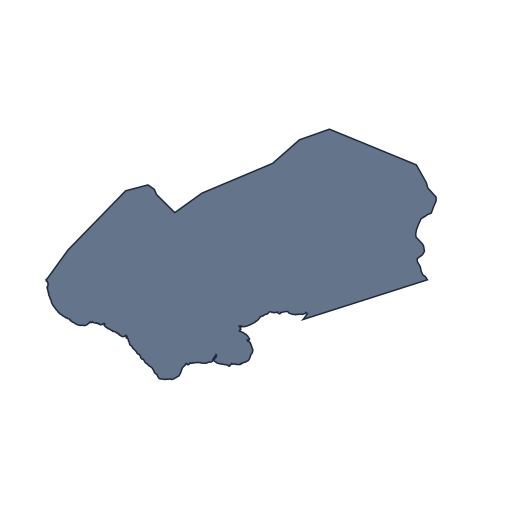 the district of Ordome, Palau, rotated 43°
{"feature_id": "81905179B69517244030983", "entity_name": "Ordome", "entity_type": "district", "adm_level": 2, "iso_a3": "PLW", "parent_name": "Palau", "parent_adm1": "", "projection": "albers", "projection_center": [134.556, 7.371], "detail": "fine", "context": "isolated", "style": "filled", "palette": "slate", "viewbox_px": 512, "rotation_deg": 43, "n_neighbors": 0, "source": "geoboundaries", "source_scale": "gbopen_adm2", "svg_char_len": 6140}
<svg xmlns="http://www.w3.org/2000/svg" viewBox="0 0 512 512"><g transform="rotate(43 256 256)"><path d="M118.6,416.6L119.8,417.3L120.6,416.8L121.1,417.2L121.7,417.6L122.6,417.7L123.0,418.4L123.3,418.5L123.6,419.1L123.9,419.2L124.2,420.0L124.1,420.3L124.5,421.4L125.4,421.5L125.5,422.2L126.9,422.8L128.2,423.9L129.3,424.1L129.2,424.5L131.3,426.0L132.2,426.4L133.3,426.7L133.7,426.7L134.2,427.5L136.4,428.2L138.4,429.6L140.7,430.4L143.2,430.9L145.5,431.3L146.4,431.6L147.5,431.5L149.4,431.9L150.9,432.0L152.8,431.9L153.5,431.5L154.9,431.6L156.2,431.4L157.5,431.0L159.1,430.9L159.7,430.2L160.1,430.4L160.9,430.3L161.6,429.8L162.4,429.4L162.9,429.3L164.1,429.9L164.4,429.4L165.1,429.6L167.0,429.5L168.1,429.0L168.9,428.7L169.7,428.8L170.9,428.5L171.9,428.2L174.2,427.1L176.3,425.2L176.5,424.8L178.1,423.9L179.2,421.8L179.6,419.3L179.5,417.5L180.1,417.7L180.3,417.4L180.9,417.2L180.8,416.3L181.3,416.1L181.3,415.7L181.9,415.8L182.7,415.5L184.3,414.5L184.6,414.0L184.8,414.2L186.2,413.4L186.2,413.0L187.1,412.7L187.5,413.0L188.0,412.8L188.2,412.5L189.0,412.5L189.9,411.4L190.3,410.8L190.4,409.5L190.8,409.5L191.0,409.3L191.4,409.0L191.5,408.7L191.9,408.8L191.8,409.6L192.1,410.2L192.6,410.3L193.0,410.3L193.6,410.4L194.4,410.5L195.0,410.1L195.7,410.3L196.3,409.9L197.2,410.1L198.1,409.6L199.2,409.3L199.9,409.2L201.0,409.1L201.4,408.6L201.9,408.5L202.1,408.7L202.7,408.8L203.3,408.2L203.8,408.1L204.2,407.7L204.5,407.7L205.0,407.3L205.7,407.2L206.0,407.4L206.4,407.3L206.9,407.3L207.1,407.1L207.3,406.7L207.5,406.8L207.8,406.8L208.7,406.9L209.2,406.5L209.6,406.8L209.9,406.9L210.0,406.7L210.6,406.7L211.3,406.5L212.0,406.5L212.4,406.4L213.1,406.2L213.8,405.6L214.7,404.4L214.8,403.8L214.8,403.4L214.7,403.0L215.4,403.0L215.7,403.3L216.1,403.3L216.2,402.8L216.5,402.6L217.0,403.7L216.8,404.2L217.3,404.4L217.6,404.2L217.5,403.7L218.0,403.9L218.7,403.9L219.0,403.8L219.3,403.9L219.5,404.3L219.9,404.5L220.3,404.9L221.1,405.3L221.4,405.2L222.5,405.7L223.1,406.4L223.8,406.6L224.2,407.0L225.6,406.9L226.6,406.7L227.7,407.0L228.4,407.5L230.6,407.4L233.8,407.6L235.4,408.3L236.9,408.1L237.3,407.6L238.7,407.9L239.8,408.0L240.2,408.2L240.6,408.8L241.4,409.1L242.9,409.2L243.6,408.7L243.7,408.4L244.2,408.3L244.5,408.5L245.3,408.8L246.2,408.9L246.6,409.2L247.9,409.5L249.7,409.3L250.0,409.1L250.5,409.2L252.7,409.3L254.6,408.8L255.3,408.9L255.9,408.7L256.3,408.8L257.0,408.8L258.0,409.1L258.2,409.4L258.8,409.4L259.4,409.5L260.1,409.9L260.4,409.9L260.6,410.2L261.4,410.5L261.9,410.6L263.4,410.5L264.3,410.2L264.9,410.6L265.5,410.7L266.3,411.1L266.6,411.1L267.3,411.4L268.2,411.6L268.8,411.6L269.3,411.5L269.9,411.2L270.2,410.9L270.9,410.2L271.5,409.9L271.9,409.6L272.2,409.3L272.5,409.0L273.2,408.8L274.3,407.6L274.5,407.3L274.9,406.9L274.9,406.7L276.0,405.9L276.2,405.4L276.5,405.0L276.9,404.6L277.4,404.3L277.7,404.4L278.0,404.2L278.7,403.7L279.0,403.3L279.4,402.5L279.9,401.3L279.9,400.8L280.1,400.2L280.5,399.6L280.6,398.4L281.3,396.9L281.4,396.2L281.2,395.7L281.2,394.8L280.9,394.4L280.6,393.7L280.7,393.3L280.6,392.8L279.5,390.8L279.4,390.1L279.0,389.7L278.9,389.3L278.8,389.1L278.8,388.7L278.6,388.4L278.4,387.3L278.6,384.6L278.6,384.0L278.3,383.6L278.2,382.2L278.7,382.0L278.8,382.5L279.6,382.3L280.1,382.1L280.6,381.7L280.9,381.2L280.9,380.7L280.8,380.0L280.5,379.7L280.7,379.3L281.2,379.1L281.2,378.8L281.7,378.7L282.4,378.1L282.8,377.0L283.3,376.8L283.3,376.6L284.9,374.9L285.5,373.9L285.9,373.9L286.2,373.4L286.7,373.1L287.5,372.4L287.9,371.9L288.5,371.8L289.3,371.4L289.5,371.1L290.0,370.7L290.6,370.4L291.9,369.1L292.7,368.3L293.0,367.6L293.4,366.8L293.8,365.8L294.5,365.2L295.5,364.3L295.9,362.4L295.5,361.9L295.1,361.6L294.4,357.9L294.0,355.3L294.4,355.2L294.6,356.5L295.5,356.4L295.8,358.9L296.2,361.1L296.8,361.2L297.7,361.2L300.9,360.7L303.2,359.4L305.6,357.8L306.3,357.3L308.1,356.1L309.0,355.6L309.6,355.2L310.0,355.2L310.3,355.0L310.9,355.2L311.2,355.1L311.6,354.7L311.8,354.5L311.3,353.9L311.5,353.7L311.4,353.5L311.7,352.7L311.8,351.9L311.7,351.5L311.9,351.6L312.5,351.3L312.8,350.7L313.0,350.2L313.3,350.2L313.7,349.8L314.2,349.6L314.3,349.2L314.6,348.9L314.9,349.0L315.5,348.7L316.3,348.2L317.3,347.1L317.7,346.9L318.0,346.7L318.2,346.3L318.7,345.8L318.7,345.1L318.3,345.1L318.4,344.4L318.9,343.8L319.3,343.6L319.2,343.3L320.1,341.3L320.7,341.0L320.9,339.8L321.1,339.3L321.6,337.9L321.6,336.9L321.2,335.2L320.5,333.7L319.6,331.7L319.3,329.9L319.3,329.2L318.0,327.1L317.4,326.5L316.6,326.3L313.6,324.6L313.0,324.5L312.6,324.1L312.2,324.0L311.8,323.8L311.3,323.4L310.7,323.3L310.3,323.4L310.2,323.6L309.8,323.4L309.5,323.4L308.9,323.2L308.7,323.5L308.1,323.9L307.7,324.0L307.6,323.5L307.8,323.1L307.6,322.9L307.4,322.9L308.1,322.4L308.2,322.0L308.1,321.4L307.5,320.9L306.3,320.8L304.6,320.2L303.0,320.2L301.6,320.2L301.0,320.7L299.0,320.6L298.3,320.8L297.6,321.3L296.9,321.5L296.3,321.6L295.7,321.9L295.4,322.3L294.6,321.7L294.9,320.8L295.0,320.0L294.8,319.7L294.5,319.7L294.1,319.8L293.3,319.2L292.7,319.0L292.1,319.0L291.4,318.8L292.0,318.1L292.1,318.4L293.0,318.6L293.5,318.4L293.6,318.0L293.4,317.6L292.9,317.4L293.2,317.0L293.9,317.1L295.4,316.0L297.1,313.5L298.4,310.7L299.1,308.9L299.6,307.2L300.4,305.6L300.4,303.8L300.9,303.2L301.0,301.5L301.0,300.4L301.0,299.5L300.6,297.8L301.0,296.8L302.0,295.0L302.4,292.8L303.5,291.3L304.0,289.8L303.7,288.8L304.0,287.7L304.9,286.6L306.1,286.4L306.8,285.6L307.5,285.5L309.0,283.9L310.1,282.1L311.0,282.7L312.5,282.4L313.1,281.3L312.7,280.5L315.0,277.1L316.4,275.6L317.1,274.9L318.8,275.3L321.4,274.3L323.3,273.2L324.1,272.3L325.2,271.9L325.2,271.1L326.5,270.3L327.6,268.7L328.6,268.0L330.1,266.7L330.5,265.5L331.1,264.9L330.9,263.2L332.9,263.2L333.1,264.8L333.6,268.5L333.7,270.4L397.6,156.5L394.0,155.6L390.9,156.0L387.2,154.5L383.5,151.8L377.9,150.1L375.7,148.1L376.9,141.5L376.0,137.7L371.9,134.5L369.8,133.7L360.0,133.0L357.5,130.6L355.2,126.9L353.4,122.4L351.3,116.2L352.8,110.9L353.2,108.8L354.9,105.1L352.3,98.9L350.2,92.9L347.5,90.1L335.3,89.1L330.6,86.2L311.1,80.0L223.2,113.2L208.5,141.4L205.0,176.9L173.6,246.9L167.0,279.7L141.4,278.9L136.1,276.6L128.5,277.7L116.2,297.2L114.4,379.7L118.8,415.1L118.6,416.6Z" fill="#64748b" stroke="#1e293b" stroke-width="1.5"/></g></svg>